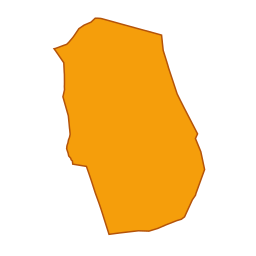 the district of Santa María Yosoyúa, Oaxaca, Mexico, rotated 4°
{"feature_id": "50627088B36339688487360", "entity_name": "Santa María Yosoyúa", "entity_type": "district", "adm_level": 2, "iso_a3": "MEX", "parent_name": "Mexico", "parent_adm1": "Oaxaca", "projection": "mercator", "projection_center": [-97.509, 17.107], "detail": "fine", "context": "isolated", "style": "filled", "palette": "amber", "viewbox_px": 256, "rotation_deg": 4, "n_neighbors": 0, "source": "geoboundaries", "source_scale": "gbopen_adm2", "svg_char_len": 1301}
<svg xmlns="http://www.w3.org/2000/svg" viewBox="0 0 256 256"><g transform="rotate(4 128 128)"><path d="M116.5,235.4L126.8,233.3L145.5,229.8L156.1,229.4L164.7,226.1L172.6,222.0L183.1,217.0L187.6,215.3L190.6,212.7L197.2,195.1L200.0,190.4L200.3,188.7L207.3,164.1L202.3,146.6L196.0,133.8L197.8,129.0L190.0,116.2L182.8,104.4L178.2,96.7L174.6,90.5L164.4,65.6L162.8,61.2L162.7,61.0L162.6,60.8L162.1,59.4L157.7,48.2L156.2,39.9L156.2,39.7L155.0,33.0L154.3,32.9L154.2,32.8L148.3,31.6L133.1,28.6L115.2,25.0L105.4,23.0L94.4,20.8L93.0,20.6L92.2,20.6L91.5,20.6L91.4,20.6L91.1,20.6L90.0,20.6L87.6,20.8L83.7,25.0L76.9,28.5L72.4,32.1L72.2,32.2L72.1,32.3L67.7,39.9L67.5,40.2L66.7,41.5L65.1,43.7L64.8,44.1L62.9,46.7L60.9,48.9L59.6,49.4L59.4,49.5L58.4,49.9L58.2,50.0L50.3,53.6L48.7,54.1L51.0,56.8L51.1,57.0L52.4,58.6L58.7,66.5L59.4,67.4L60.5,76.7L60.8,78.8L61.4,86.3L61.6,89.5L61.6,90.7L62.0,94.4L60.9,101.4L64.7,111.9L67.6,119.9L69.0,128.1L69.6,131.9L70.1,134.5L70.7,138.2L70.5,140.0L70.2,141.8L69.5,143.8L69.1,147.1L68.5,149.3L68.3,150.5L68.3,152.2L68.2,152.8L69.1,155.1L69.9,156.9L70.8,160.0L73.0,162.2L73.5,163.7L74.8,164.7L75.4,167.9L89.2,169.2L92.5,176.9L94.9,182.6L100.0,195.3L104.2,204.7L106.3,209.7L106.6,210.4L108.9,216.2L112.8,226.1L116.5,235.4Z" fill="#f59e0b" stroke="#b45309" stroke-width="1.5"/></g></svg>